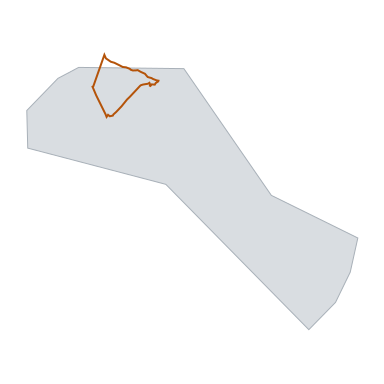 location of Agat, Guam, rotated 91°
{"feature_id": "77769853B39660846480906", "entity_name": "Agat", "entity_type": "district", "adm_level": 2, "iso_a3": "GUM", "parent_name": "Guam", "parent_adm1": "", "projection": "orthographic", "projection_center": [144.666, 13.365], "detail": "fine", "context": "in_parent", "style": "outline", "palette": "amber", "viewbox_px": 384, "rotation_deg": 91, "n_neighbors": 0, "source": "geoboundaries", "source_scale": "gbopen_adm2", "svg_char_len": 934}
<svg xmlns="http://www.w3.org/2000/svg" viewBox="0 0 384 384"><g transform="rotate(91 192 192)"><path d="M151.0,357.0L113.4,358.6L80.7,328.0L69.4,307.5L68.8,202.3L194.0,112.6L235.1,25.4L269.4,32.4L299.9,46.6L327.6,72.8L184.8,218.3L151.0,357.0Z" fill="#d9dde1" stroke="#a8b0b8" stroke-width="1"/><path d="M81.3,227.5L81.0,229.4L79.5,233.4L79.0,234.1L78.8,234.4L78.3,236.5L77.8,238.3L76.7,239.3L75.2,240.6L74.6,241.1L72.8,245.3L72.6,245.7L71.1,248.4L71.4,250.4L71.5,253.3L70.8,255.5L70.0,256.2L68.5,260.1L68.2,263.5L66.3,267.3L64.1,272.0L63.2,275.4L59.9,280.4L56.4,282.0L88.0,292.5L88.5,293.3L97.0,289.5L115.8,279.8L118.4,278.7L116.3,277.3L117.7,275.5L117.0,272.5L115.8,271.9L113.5,269.4L107.5,263.9L100.7,258.6L97.9,255.8L86.7,245.7L86.1,244.9L85.4,242.8L84.5,237.8L83.6,236.5L85.3,235.7L86.4,236.0L86.7,235.5L86.3,235.1L85.1,234.2L85.3,231.1L83.7,230.2L82.0,227.7L81.3,227.5Z" fill="none" stroke="#b45309" stroke-width="2"/></g></svg>